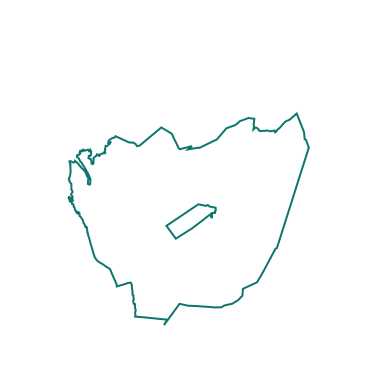 San Pedro Tapanatepec, Oaxaca, Mexico (Equal Earth projection), rotated 44°
{"feature_id": "50627088B78026190251836", "entity_name": "San Pedro Tapanatepec", "entity_type": "district", "adm_level": 2, "iso_a3": "MEX", "parent_name": "Mexico", "parent_adm1": "Oaxaca", "projection": "equal_earth", "projection_center": [-94.317, 16.304], "detail": "fine", "context": "isolated", "style": "outline", "palette": "teal", "viewbox_px": 384, "rotation_deg": 44, "n_neighbors": 0, "source": "geoboundaries", "source_scale": "gbopen_adm2", "svg_char_len": 5953}
<svg xmlns="http://www.w3.org/2000/svg" viewBox="0 0 384 384"><g transform="rotate(44 192 192)"><path d="M292.0,173.3L245.3,79.1L245.1,79.2L244.9,78.8L238.0,75.4L236.3,75.7L231.0,71.1L212.8,62.8L212.6,64.4L212.6,66.9L212.2,68.5L212.3,69.4L212.0,72.0L210.3,76.4L210.3,80.6L210.5,82.9L210.5,85.5L210.2,86.9L210.2,87.6L210.6,90.6L210.4,91.2L210.2,91.5L209.8,91.4L209.2,91.0L208.7,90.5L206.9,92.8L206.4,93.8L205.6,94.3L204.3,94.8L203.7,95.3L203.0,96.0L202.2,97.0L201.7,97.7L200.6,98.7L199.1,100.5L198.3,101.1L197.7,101.2L196.3,100.7L194.4,100.8L193.5,101.1L192.8,101.7L192.7,104.3L191.1,102.0L190.4,101.1L189.6,100.7L189.3,100.6L189.1,100.1L186.0,96.0L181.2,99.6L177.3,107.7L176.8,113.4L172.5,122.3L173.4,136.9L166.6,155.3L165.8,155.6L159.6,164.1L160.1,159.0L153.5,169.7L151.8,169.7L147.4,168.0L143.0,166.5L136.9,164.1L125.1,166.9L123.6,180.6L122.1,195.1L120.6,197.2L118.5,196.7L116.0,197.0L112.2,200.1L98.2,205.0L98.6,206.3L97.4,208.5L96.8,209.9L96.5,211.3L96.4,213.0L96.9,213.5L97.2,214.2L97.5,214.7L98.4,213.4L98.7,212.8L99.1,213.4L99.4,214.4L99.0,216.1L99.0,217.7L98.7,218.3L98.3,218.7L97.9,218.9L98.5,219.5L99.5,221.5L100.2,221.7L100.5,222.3L100.7,222.8L101.0,223.2L102.5,224.2L102.4,224.8L102.1,225.0L101.2,225.0L101.3,225.7L101.1,226.4L100.6,226.8L100.1,228.2L100.0,228.8L100.3,230.1L100.3,230.4L100.1,230.5L99.9,230.4L99.5,229.9L99.3,230.0L98.8,230.0L98.8,231.0L98.7,231.1L98.2,231.2L97.7,231.2L98.0,231.7L98.1,232.0L97.9,232.7L97.6,234.9L97.6,235.6L97.7,236.3L97.8,236.5L98.4,236.6L98.7,236.8L100.0,238.7L100.8,239.3L100.8,239.6L101.3,240.0L101.3,240.7L100.8,241.1L100.3,241.3L99.7,241.2L99.3,240.8L99.2,240.0L99.0,239.8L98.3,239.7L96.4,238.7L96.0,239.0L95.3,239.0L94.7,239.4L94.1,239.6L93.9,239.5L93.4,238.5L92.7,237.9L92.7,237.4L93.6,236.9L93.7,236.5L93.6,236.0L93.3,235.0L93.1,234.7L92.7,234.6L92.3,234.0L91.5,233.8L91.4,233.5L91.5,233.3L91.4,233.0L91.0,233.1L90.4,232.9L90.0,232.4L89.4,232.2L89.4,232.4L89.9,232.9L90.0,233.2L89.9,233.9L89.7,234.2L88.4,233.8L87.7,233.8L87.4,234.6L86.7,235.6L86.5,236.0L86.4,236.5L86.2,236.8L85.6,237.0L84.7,236.8L84.2,237.3L84.0,237.5L84.0,237.8L84.7,237.7L85.0,238.2L85.0,238.4L84.9,238.8L84.5,239.4L84.3,239.6L83.7,239.9L83.0,239.9L82.9,240.1L83.8,241.3L83.8,241.5L83.9,241.8L84.5,241.7L84.7,241.9L85.0,242.4L84.8,243.6L84.6,244.2L84.3,244.6L84.0,244.8L84.0,245.3L84.1,245.8L84.4,246.1L84.8,246.8L85.9,246.5L87.3,246.5L88.4,246.9L89.5,247.2L89.7,247.4L90.6,247.7L91.1,247.7L91.8,247.5L93.2,247.8L93.6,248.1L94.6,248.5L96.5,248.6L97.6,248.9L98.7,249.4L99.3,249.4L102.3,250.4L103.3,250.5L104.8,251.2L105.4,251.3L106.1,251.7L106.7,251.9L107.3,252.3L109.0,252.7L110.5,253.9L110.8,254.0L111.6,255.2L113.1,256.8L113.3,257.3L113.1,258.0L112.2,258.2L111.8,258.4L111.5,258.5L110.4,257.3L109.7,256.6L109.0,255.3L108.5,254.8L107.4,254.0L106.3,253.5L105.9,253.5L105.4,253.6L103.8,252.6L102.3,252.0L101.9,252.0L100.6,251.5L98.6,251.4L98.1,251.3L97.7,251.4L95.4,251.4L94.4,251.2L92.1,251.1L90.7,250.7L89.1,250.8L88.2,250.7L86.4,250.8L86.7,251.2L86.9,251.6L86.9,252.0L86.8,252.5L86.4,252.8L86.2,252.9L85.9,253.3L83.1,254.2L82.5,255.1L82.7,255.3L83.2,255.3L84.1,256.1L84.4,256.2L84.6,256.4L85.0,256.2L85.3,256.4L86.0,257.2L86.2,257.7L86.7,258.2L87.6,258.8L89.9,261.1L90.8,261.9L93.7,266.2L93.6,267.1L94.6,267.9L94.7,268.6L95.0,268.7L95.2,268.4L95.8,268.7L96.2,269.3L96.8,269.6L98.0,269.7L98.4,270.0L99.0,269.9L99.7,270.0L100.2,270.7L100.9,271.2L102.3,272.8L103.8,274.2L105.0,274.3L106.0,274.9L106.3,275.5L106.2,276.2L106.4,277.2L107.0,278.0L109.0,278.1L110.0,279.2L110.6,280.0L112.2,280.7L112.4,281.0L111.8,281.4L111.6,281.9L111.1,281.8L110.6,281.6L109.2,280.5L109.1,280.3L108.8,280.3L108.7,280.4L108.6,281.0L108.9,281.6L109.6,281.8L109.6,282.3L109.4,282.4L109.1,282.2L108.1,281.1L107.8,281.0L107.6,281.1L107.1,280.8L107.0,281.0L107.0,281.4L107.2,281.8L107.5,282.1L108.7,282.6L109.7,282.8L110.0,283.2L110.3,283.4L110.7,283.6L111.1,283.5L111.6,283.1L112.8,283.1L113.2,283.2L114.0,283.9L115.2,283.3L116.2,283.9L116.9,284.7L117.3,284.8L117.9,284.7L118.7,285.0L119.7,285.7L120.3,285.9L120.6,286.3L120.9,286.2L121.4,286.2L122.0,286.6L122.9,286.7L123.8,287.1L124.4,287.1L124.6,286.9L124.8,286.5L124.6,286.3L124.3,286.3L123.6,286.2L123.3,285.9L124.3,285.4L125.3,285.2L125.8,285.4L126.2,285.7L126.7,286.6L128.0,287.4L128.8,287.1L130.7,287.6L132.7,288.0L134.4,288.8L135.0,289.4L135.6,289.7L137.2,289.8L137.8,290.3L138.5,290.5L139.2,291.1L139.6,291.2L139.9,291.0L140.1,290.5L140.7,290.6L141.2,290.5L141.5,291.4L142.0,291.6L142.8,292.3L143.7,292.5L144.1,293.1L144.7,293.7L145.6,294.0L145.9,294.3L146.3,294.4L146.4,294.6L147.3,295.2L150.0,296.6L154.2,299.1L154.9,299.7L157.4,300.9L159.2,302.0L159.4,302.0L160.2,302.6L160.9,302.8L162.8,304.1L164.4,304.8L165.0,305.4L166.2,305.8L167.2,306.4L168.6,306.8L170.8,307.2L172.0,307.2L173.5,307.1L174.4,306.8L175.4,306.7L176.2,306.4L178.2,305.9L181.0,305.6L186.3,304.4L188.1,305.0L193.0,307.2L195.1,308.0L197.8,309.1L198.5,309.2L200.1,310.1L200.7,310.3L201.1,310.5L201.7,310.6L203.5,312.2L205.9,307.9L206.6,306.8L208.5,303.3L209.0,302.2L210.2,300.4L211.0,299.7L213.0,300.5L215.9,303.1L217.4,304.1L218.0,304.9L218.9,305.1L219.9,306.7L220.4,307.2L221.3,307.0L221.7,307.1L221.9,307.5L222.6,307.9L223.6,309.0L224.0,309.1L224.7,309.5L224.9,310.1L224.9,310.7L225.4,311.2L227.7,312.9L228.1,312.8L228.4,312.5L228.9,312.2L229.5,312.7L230.2,313.8L231.3,314.8L233.8,316.2L234.3,317.4L234.9,318.1L235.1,318.6L237.1,320.0L237.6,321.2L244.0,315.9L258.9,304.2L262.4,301.3L262.7,301.6L263.0,302.0L263.1,302.6L263.9,305.3L264.3,307.3L260.7,281.1L268.2,276.5L273.9,271.4L285.7,261.5L288.2,259.5L293.2,254.6L294.0,251.3L298.5,244.5L300.3,237.8L300.3,231.6L295.9,226.3L301.5,211.8L299.2,202.0L291.5,174.9L292.0,173.3ZM221.0,193.2L223.9,196.2L223.6,196.4L223.5,196.8L223.1,196.7L220.7,195.1L219.5,203.8L217.4,217.7L212.8,236.8L197.1,234.1L205.1,196.5L211.9,192.1L211.9,191.6L212.4,190.4L214.6,190.3L219.9,186.9L222.0,188.9L221.9,189.9L223.1,191.0L221.0,193.2Z" fill="none" stroke="#0f766e" stroke-width="2"/></g></svg>